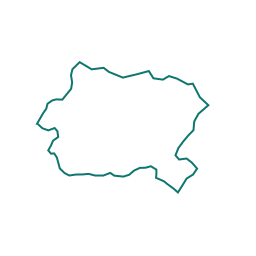 the district of Jincheon-gun, North Chungcheong, South Korea, rotated 139°
{"feature_id": "91817680B40614027699537", "entity_name": "Jincheon-gun", "entity_type": "district", "adm_level": 2, "iso_a3": "KOR", "parent_name": "South Korea", "parent_adm1": "North Chungcheong", "projection": "robinson", "projection_center": [127.46, 36.871], "detail": "fine", "context": "isolated", "style": "outline", "palette": "teal", "viewbox_px": 256, "rotation_deg": 139, "n_neighbors": 0, "source": "geoboundaries", "source_scale": "gbopen_adm2", "svg_char_len": 1033}
<svg xmlns="http://www.w3.org/2000/svg" viewBox="0 0 256 256"><g transform="rotate(139 128 128)"><path d="M132.6,46.6L122.6,49.6L117.0,51.4L109.4,50.2L102.5,52.0L102.5,59.9L103.8,66.5L110.1,70.7L110.1,76.2L103.2,79.8L95.0,81.6L87.5,82.8L80.0,83.4L73.7,89.5L65.5,92.5L52.4,92.5L53.6,104.0L50.0,118.9L54.2,121.6L58.6,133.1L63.0,140.3L69.9,141.6L76.2,148.8L74.9,157.3L85.0,162.2L98.8,169.4L105.6,182.8L106.9,189.4L116.9,196.1L121.3,209.4L131.4,208.8L136.4,205.2L140.2,199.1L145.2,194.9L159.0,192.5L163.4,196.7L167.1,198.5L172.8,199.1L177.2,196.1L182.2,194.9L193.8,190.9L193.5,190.6L192.8,184.0L189.7,178.5L183.4,176.1L183.4,171.9L186.6,167.0L192.8,167.6L197.9,165.2L202.9,163.4L202.9,159.1L200.4,157.3L201.0,152.5L206.0,142.2L205.4,135.5L203.5,130.7L197.8,127.0L192.8,122.8L187.8,119.2L184.0,113.7L177.8,108.3L170.9,105.8L169.6,101.0L163.3,94.3L157.7,91.9L151.4,91.9L145.2,90.1L140.8,86.5L135.8,84.1L133.9,78.0L136.4,75.0L139.5,72.0L135.8,64.1L135.1,59.9L133.3,52.0L132.6,46.6Z" fill="none" stroke="#0f766e" stroke-width="2"/></g></svg>